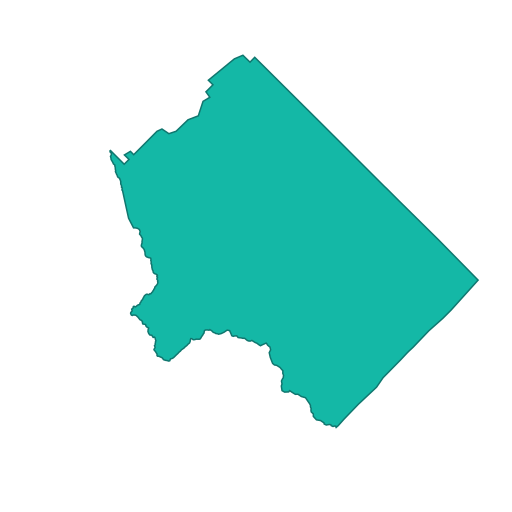 outline of Josephine, Oregon, United States of America, rotated 315°
{"feature_id": "52423323B30410916636748", "entity_name": "Josephine", "entity_type": "district", "adm_level": 2, "iso_a3": "USA", "parent_name": "United States of America", "parent_adm1": "Oregon", "projection": "equal_earth", "projection_center": [-123.844, 42.39], "detail": "fine", "context": "isolated", "style": "filled", "palette": "teal", "viewbox_px": 512, "rotation_deg": 315, "n_neighbors": 0, "source": "geoboundaries", "source_scale": "gbopen_adm2", "svg_char_len": 5046}
<svg xmlns="http://www.w3.org/2000/svg" viewBox="0 0 512 512"><g transform="rotate(315 256 256)"><path d="M191.4,433.9L191.6,433.9L194.2,434.1L202.7,433.6L223.9,433.2L226.2,433.3L248.5,434.0L259.8,431.9L284.7,431.7L294.2,431.4L296.7,431.4L302.2,431.6L303.3,431.6L325.5,431.1L343.9,432.2L355.7,432.2L396.0,430.1L396.5,373.7L396.1,318.0L396.1,300.3L396.0,297.8L395.9,207.8L395.8,182.5L395.6,114.6L388.8,114.7L388.7,104.8L380.1,101.3L346.6,98.0L346.6,104.5L336.7,104.5L335.6,111.1L327.9,109.2L314.3,116.1L304.3,111.6L287.7,111.3L280.9,107.9L279.3,99.7L274.2,97.8L241.2,97.9L241.2,93.2L234.4,91.5L234.5,97.9L227.7,97.9L227.7,77.9L227.6,78.1L226.8,78.7L226.3,79.6L226.4,81.0L225.8,81.7L224.7,82.4L223.6,82.6L223.1,83.5L222.6,84.3L221.9,85.1L221.5,86.2L221.2,87.6L220.8,88.9L220.3,90.0L220.5,91.8L219.6,92.9L219.0,94.0L218.1,94.9L217.6,95.6L217.0,96.6L216.3,96.9L215.9,97.9L215.6,98.8L215.1,99.8L215.0,100.5L214.7,101.1L214.4,101.6L214.2,102.1L214.1,102.9L214.2,103.5L214.4,103.9L214.4,104.8L213.9,105.7L213.7,106.5L213.3,107.0L213.0,107.8L212.7,108.0L212.3,108.4L211.7,109.0L211.2,109.6L210.8,110.8L210.3,111.7L209.9,111.9L209.5,112.3L209.6,112.7L209.5,113.3L208.9,113.8L207.9,114.5L208.0,115.0L207.8,115.5L197.9,130.9L192.6,139.2L189.3,149.5L190.0,150.2L190.9,151.2L191.8,152.7L192.2,154.3L192.2,155.1L191.7,155.8L191.5,156.7L190.8,157.2L189.9,157.6L189.1,158.3L189.1,158.8L189.0,160.3L188.5,161.5L188.4,162.6L187.9,163.5L187.1,164.1L186.4,164.6L185.6,165.2L184.6,166.3L183.8,166.6L183.1,167.0L182.4,167.4L181.8,168.2L181.7,169.4L181.8,169.9L181.8,170.4L181.6,171.4L181.6,172.3L180.8,173.5L180.5,174.3L179.8,175.3L178.9,176.2L178.1,177.5L178.0,178.2L178.0,179.2L178.5,180.2L178.7,180.9L179.5,182.0L180.0,183.0L179.4,184.1L178.5,184.7L178.1,185.5L177.5,186.3L177.1,186.6L176.3,187.3L176.2,188.2L175.9,188.6L175.1,189.6L174.0,190.8L173.7,191.5L173.0,192.4L172.8,193.6L172.2,194.3L171.8,194.9L171.7,196.2L171.9,197.0L172.2,197.5L172.6,198.4L172.5,199.0L172.8,199.4L172.6,200.0L172.0,200.1L171.5,200.3L171.2,200.8L171.4,201.0L171.0,201.7L169.9,202.0L169.4,202.6L169.4,203.1L169.3,203.7L169.0,204.3L168.2,204.6L167.8,205.5L167.1,205.8L166.2,206.2L165.2,206.3L163.9,206.4L162.6,206.4L161.4,207.2L160.3,207.3L159.5,207.7L158.4,207.8L157.7,208.2L156.2,208.1L155.3,208.4L154.4,208.0L154.3,207.7L153.8,207.6L152.9,207.6L152.3,206.6L152.0,206.0L151.3,205.5L150.4,205.4L149.1,205.2L148.2,205.5L147.0,205.8L145.6,206.3L144.9,206.5L143.9,206.6L143.1,206.6L142.3,207.1L140.9,207.2L139.5,208.0L138.6,207.5L138.0,207.2L137.1,207.0L135.5,206.9L134.5,206.5L134.4,205.7L134.2,205.3L133.7,205.0L133.3,205.1L132.7,205.6L132.2,205.9L131.9,205.8L130.5,205.7L130.1,206.3L129.9,206.8L129.5,207.3L128.4,207.3L127.3,207.5L126.6,208.1L126.1,209.7L126.5,210.6L127.3,210.8L128.2,211.7L129.2,213.0L129.3,215.8L128.9,219.0L129.5,220.7L129.1,222.5L128.5,222.8L127.9,224.0L128.9,225.5L129.5,226.3L129.0,227.2L128.7,227.6L128.5,228.8L128.9,229.8L129.1,231.0L127.8,231.7L126.2,233.0L125.3,235.0L125.1,236.9L126.3,238.3L126.0,239.5L125.7,240.8L126.1,241.2L126.7,241.3L126.9,242.1L126.6,242.8L125.8,244.0L125.3,245.2L124.3,245.5L123.8,246.1L123.0,246.4L122.4,247.3L121.5,247.5L120.8,247.6L120.5,248.3L120.2,249.2L119.2,249.6L118.4,249.7L117.6,250.1L117.4,251.0L117.4,252.4L117.2,253.1L117.0,253.8L116.9,254.4L116.8,255.1L115.9,256.2L115.6,256.4L115.5,257.2L116.2,257.9L116.5,258.5L117.0,259.8L117.4,260.8L117.7,262.0L117.3,263.8L117.7,264.8L118.1,265.4L118.5,266.2L119.2,267.0L119.6,267.9L120.1,268.7L121.1,269.1L121.5,268.8L122.8,268.3L123.7,268.9L124.9,269.4L126.5,269.6L128.9,269.6L130.0,269.6L131.5,269.7L133.9,269.6L135.3,269.8L137.0,269.6L138.4,269.9L140.2,270.2L141.6,270.1L143.7,270.4L145.9,270.3L147.5,270.5L149.1,269.8L149.9,269.2L150.7,268.6L151.5,268.3L152.1,269.0L152.4,270.8L153.5,271.8L154.9,272.5L156.3,274.0L157.5,275.1L158.1,275.1L159.0,275.0L160.3,274.6L162.7,274.2L163.4,273.9L164.1,273.8L164.6,273.8L165.3,273.3L166.6,272.4L167.8,272.5L169.3,273.8L169.8,274.6L170.6,275.4L171.3,275.4L171.8,277.6L171.8,279.8L172.5,281.1L172.8,282.5L173.8,283.7L174.2,284.8L176.4,286.2L179.5,287.3L183.2,288.0L184.6,290.1L183.2,293.7L182.5,295.2L183.1,296.7L184.2,297.3L185.9,298.8L185.7,301.0L186.5,302.1L187.6,303.4L188.4,304.8L189.8,306.2L190.1,309.5L190.7,310.9L191.9,312.2L193.4,312.8L194.2,316.5L195.0,318.4L195.2,320.4L195.7,322.6L198.1,323.4L199.6,324.0L200.8,324.4L201.6,324.8L201.6,325.5L201.2,327.1L201.3,328.9L201.5,330.3L200.0,332.7L197.0,333.7L194.4,337.8L191.8,343.7L192.0,346.1L193.3,347.9L194.2,351.9L193.9,354.2L193.9,356.1L192.0,357.9L191.0,360.0L190.2,360.5L189.3,361.3L187.5,361.7L185.6,362.4L183.9,364.9L182.0,365.8L179.2,369.6L180.0,372.5L183.0,375.2L184.6,375.0L185.1,377.8L186.0,381.6L187.9,383.4L188.7,387.4L190.8,391.2L190.3,393.8L189.4,398.6L188.9,400.1L187.8,401.2L187.1,402.9L185.9,403.8L184.8,405.3L184.9,408.1L183.1,410.0L182.9,414.6L185.3,418.0L186.1,422.1L185.4,423.0L186.2,425.2L188.2,426.6L189.0,427.3L189.6,428.3L189.2,429.1L189.9,431.0L191.5,431.9L192.1,432.9L191.5,433.6L191.4,433.9Z" fill="#14b8a6" stroke="#0f766e" stroke-width="1.5"/></g></svg>